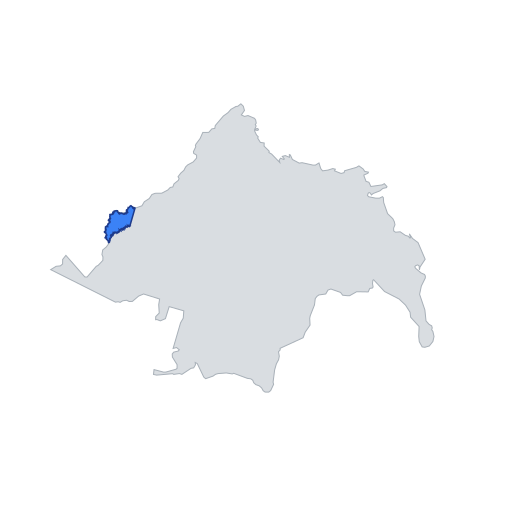 El Encanto, Amazonas, Colombia shown in context, rotated 106°
{"feature_id": "7082276B15462988930410", "entity_name": "El Encanto", "entity_type": "district", "adm_level": 2, "iso_a3": "COL", "parent_name": "Colombia", "parent_adm1": "Amazonas", "projection": "orthographic", "projection_center": [-72.847, -1.998], "detail": "fine", "context": "in_parent", "style": "filled", "palette": "blue", "viewbox_px": 512, "rotation_deg": 106, "n_neighbors": 0, "source": "geoboundaries", "source_scale": "gbopen_adm2", "svg_char_len": 8914}
<svg xmlns="http://www.w3.org/2000/svg" viewBox="0 0 512 512"><g transform="rotate(106 256 256)"><path d="M293.4,75.4L288.5,77.4L278.8,79.8L272.2,90.5L267.6,92.4L262.0,98.7L257.9,106.6L254.7,122.7L246.4,136.4L247.1,137.0L250.4,136.4L253.5,134.9L254.7,135.3L255.8,137.7L259.6,138.3L262.6,149.4L268.4,155.1L269.0,157.3L269.8,161.9L267.7,164.7L267.1,174.9L268.9,177.4L273.3,178.5L276.1,184.8L278.0,186.3L280.6,187.3L286.9,186.3L298.4,187.4L301.1,187.2L307.5,185.0L315.6,187.7L321.6,188.2L338.1,207.4L339.7,206.9L341.8,208.0L345.9,206.0L349.5,205.7L354.1,206.7L360.3,206.7L372.6,204.8L374.5,203.7L381.3,204.8L383.3,206.2L384.3,209.8L383.5,212.0L381.2,214.3L379.9,217.2L379.7,220.7L378.5,223.2L376.3,224.9L375.5,227.3L376.0,230.6L374.9,245.1L375.9,246.3L376.6,252.3L379.5,260.1L380.9,262.3L383.3,264.2L387.8,270.6L386.8,272.8L375.6,282.8L375.1,285.1L377.2,284.2L380.7,285.1L381.9,287.5L390.2,294.6L390.1,297.2L392.5,302.5L392.1,303.7L397.9,318.7L398.1,321.9L393.3,322.7L393.1,312.7L392.4,310.6L386.9,301.7L385.8,300.9L382.2,301.9L376.2,308.5L373.3,309.5L371.1,308.6L368.8,304.6L367.3,303.9L365.9,307.2L367.7,310.2L341.0,310.1L335.8,308.8L328.6,310.3L328.6,325.5L341.2,325.8L344.7,330.1L344.4,333.7L344.9,334.9L341.9,335.7L337.5,333.3L329.6,336.1L323.9,336.8L323.5,353.6L326.9,357.8L333.7,362.3L334.7,365.3L334.2,368.2L335.8,371.8L338.0,373.8L338.0,375.9L339.1,378.4L325.7,449.6L321.0,445.3L319.4,441.3L317.0,439.7L312.6,440.9L307.8,438.9L323.3,414.8L322.8,412.6L309.9,406.7L308.6,405.2L302.4,402.0L299.0,402.9L297.1,404.5L292.4,405.0L288.6,402.4L284.0,400.7L278.6,404.8L277.0,404.8L273.1,406.5L269.0,407.2L263.6,405.4L259.2,406.7L256.2,406.4L255.1,405.1L251.2,403.7L250.8,402.0L251.9,399.0L250.2,393.2L249.6,392.2L246.6,392.1L243.2,390.0L242.5,388.7L243.2,386.3L242.6,384.3L239.2,379.5L234.6,378.3L230.1,374.4L225.6,373.0L223.5,370.2L221.6,363.9L216.9,359.0L213.7,357.3L212.6,355.0L209.2,354.7L204.7,351.5L202.7,351.3L201.3,352.8L197.1,351.2L193.5,348.9L189.8,348.2L187.3,346.8L182.9,342.3L178.2,340.1L175.4,340.9L174.5,344.2L173.0,344.9L167.5,344.0L166.6,344.7L165.1,344.6L158.5,342.1L151.9,341.2L150.2,335.5L146.0,333.5L144.7,330.8L141.8,331.1L130.5,326.0L125.9,322.4L121.9,320.5L117.8,316.5L117.1,314.8L113.9,312.5L115.5,309.5L119.3,307.2L124.4,309.0L125.0,305.5L123.2,302.4L124.1,295.3L125.4,293.8L128.2,292.4L129.9,292.9L131.0,291.7L135.1,292.2L136.3,291.7L139.5,288.9L140.8,286.7L142.2,286.9L145.6,283.1L145.1,279.3L148.2,278.5L151.6,272.2L153.0,272.1L153.7,269.1L159.6,258.9L157.5,260.1L155.2,259.4L155.6,255.9L154.9,255.5L153.0,258.2L151.4,255.5L151.9,251.1L149.3,251.9L149.4,250.9L153.2,247.6L154.8,240.1L153.6,237.4L152.9,226.1L152.2,223.9L149.2,221.1L154.1,217.9L155.8,215.5L153.6,210.5L150.8,206.3L150.7,203.7L152.5,204.0L153.2,197.0L151.6,194.3L149.6,194.3L143.2,184.0L141.0,181.9L142.8,177.0L144.7,174.8L144.4,171.0L145.6,171.2L148.4,174.6L149.5,174.1L153.9,170.8L154.0,167.8L157.5,164.7L152.8,154.2L151.1,152.6L153.2,149.2L154.3,149.4L156.1,152.7L159.2,154.8L163.6,160.6L165.5,161.9L164.1,163.3L163.8,164.6L164.5,165.4L167.0,165.6L168.0,164.0L167.4,156.8L166.4,153.3L164.1,150.8L164.8,149.7L169.4,148.0L179.0,141.2L182.4,134.8L184.9,132.5L187.7,131.0L191.2,131.4L193.9,130.6L194.7,128.5L193.0,124.1L195.0,118.1L195.0,115.0L196.3,113.2L195.9,112.5L192.4,114.7L196.0,110.4L198.5,103.9L212.5,92.5L221.4,95.3L224.3,95.1L220.5,96.5L220.0,98.2L221.3,99.9L222.6,100.4L223.8,99.3L226.8,92.6L227.3,88.9L228.6,87.7L230.5,87.2L239.3,88.8L247.7,88.2L261.3,78.8L271.5,74.7L274.0,70.8L274.7,67.9L276.5,66.8L278.5,66.8L279.7,65.2L284.3,62.7L289.4,62.4L294.7,64.6L297.2,68.5L297.6,71.2L293.4,75.4ZM135.2,291.0L134.6,291.5L133.4,290.6L133.0,289.4L133.7,288.5L134.7,288.8L135.2,291.0Z" fill="#d9dde1" stroke="#a8b0b8" stroke-width="1"/><path d="M243.3,385.5L243.2,385.7L243.2,385.8L243.5,386.0L243.5,386.4L243.1,386.7L243.1,387.0L243.6,387.3L243.8,387.2L244.1,387.1L243.9,387.6L243.4,387.9L242.9,388.4L242.7,388.7L242.7,389.3L242.2,389.8L242.1,390.1L242.3,390.3L243.0,390.9L243.6,391.0L244.2,391.3L244.6,391.6L244.6,392.2L245.5,392.2L245.9,392.0L246.5,392.4L247.0,392.6L247.2,393.0L247.4,393.1L247.7,393.2L247.8,393.0L247.9,392.8L247.7,392.5L248.1,392.0L248.5,392.1L248.9,392.0L249.1,392.1L249.1,392.3L249.0,392.2L248.9,392.3L248.7,392.4L248.8,392.6L249.4,392.5L249.5,392.2L249.5,391.4L249.9,391.5L250.2,392.2L250.5,392.7L250.8,392.5L251.4,392.6L251.3,393.3L251.1,393.7L251.2,393.9L251.6,394.2L252.2,394.2L252.3,394.4L252.3,394.6L252.0,395.1L252.1,395.5L252.1,396.5L251.8,396.8L251.8,397.0L252.0,397.5L252.5,397.8L252.6,398.1L252.2,398.6L252.1,398.9L252.3,399.1L253.2,399.1L253.0,399.6L252.2,400.0L251.9,401.1L251.7,401.4L251.4,401.5L250.9,401.4L250.8,401.5L250.7,401.7L250.8,401.9L250.8,402.3L251.1,403.2L251.9,404.1L251.8,404.7L252.0,404.8L252.5,404.8L253.1,405.2L253.2,405.6L253.5,405.7L253.9,405.5L253.9,404.8L254.0,404.9L254.3,404.9L254.4,405.3L254.8,405.7L255.0,405.6L255.3,405.2L255.5,405.4L255.5,405.7L255.8,406.0L255.9,406.6L256.4,406.9L256.4,407.3L256.2,407.7L256.4,407.9L256.5,407.9L256.9,407.6L257.4,407.6L257.7,407.4L257.9,407.5L258.8,407.3L259.0,407.0L259.7,406.7L259.9,406.4L260.0,406.5L260.1,406.4L260.4,406.5L260.5,407.1L260.9,407.2L261.1,407.0L261.2,406.5L261.8,406.5L261.7,406.9L262.0,407.3L262.0,407.7L262.3,407.8L262.7,407.5L262.8,407.1L262.9,406.8L263.4,406.3L263.4,406.0L263.3,405.7L263.5,405.6L264.3,405.8L264.7,406.4L264.9,406.6L265.5,406.6L265.8,406.8L265.9,407.1L266.1,407.2L266.3,407.2L266.6,406.9L266.8,407.0L267.1,407.0L267.4,407.1L267.8,407.5L268.1,407.5L268.5,407.3L268.7,406.9L268.9,407.4L268.7,407.6L268.9,408.2L269.3,408.3L269.4,408.6L269.5,408.7L270.2,408.5L270.5,408.5L270.9,408.3L271.3,408.3L271.6,408.1L271.6,407.8L272.1,408.0L272.3,407.9L272.3,407.7L272.1,407.4L272.4,407.3L272.5,407.3L272.9,407.7L273.0,407.7L273.4,407.7L273.9,407.4L273.9,407.5L274.1,407.6L274.3,407.8L274.3,408.3L274.6,408.4L274.9,408.2L275.1,407.9L275.2,407.4L275.1,407.1L275.2,406.9L275.4,406.6L276.0,406.3L276.8,405.3L277.1,405.1L277.3,405.1L277.6,405.3L277.7,405.6L277.9,405.8L278.5,405.9L279.0,405.8L279.2,405.6L279.3,405.8L279.3,405.7L279.8,406.1L280.1,406.1L280.2,405.7L279.8,404.9L280.0,404.5L280.6,404.6L281.0,404.5L281.4,403.8L281.5,403.3L281.8,402.8L282.2,401.8L282.6,401.8L282.9,402.0L283.1,401.9L283.2,401.6L283.7,401.4L283.4,401.0L283.2,401.2L283.1,400.8L282.8,400.7L282.7,400.7L282.5,400.9L282.3,400.8L282.1,400.9L281.9,400.8L281.8,401.1L281.7,401.3L281.5,401.2L281.4,400.9L281.3,400.7L281.0,400.7L280.6,400.8L280.4,401.1L280.0,400.9L279.8,401.0L280.0,401.0L280.1,401.3L279.9,401.5L279.5,401.5L279.2,401.3L279.2,400.9L278.8,400.7L278.0,400.3L277.7,400.3L277.6,400.5L277.2,400.7L277.1,400.9L276.8,401.1L276.7,401.3L276.1,401.5L275.8,401.3L275.6,400.8L275.8,400.7L276.0,401.0L276.2,400.7L276.3,400.2L276.3,399.5L276.2,399.4L275.8,399.2L275.5,399.2L275.7,399.4L275.7,399.5L275.6,399.4L275.5,399.5L275.6,400.1L275.3,399.9L275.2,399.8L275.1,400.1L275.0,399.9L274.9,399.7L274.7,400.0L274.4,400.1L274.2,399.8L274.4,399.8L274.5,399.7L274.3,399.4L274.1,399.5L273.9,399.3L273.6,399.2L273.7,399.4L273.5,399.6L273.1,399.7L273.2,399.4L273.3,399.3L273.3,398.9L273.1,399.0L272.9,399.2L272.7,399.0L272.5,399.3L272.4,399.1L272.6,398.9L272.3,398.9L272.5,398.8L272.4,398.5L272.7,398.4L272.4,398.4L272.5,398.2L272.8,398.2L272.7,397.8L272.5,397.7L272.5,397.8L272.5,398.0L272.4,398.1L271.9,397.7L272.2,397.2L272.2,396.6L272.0,396.8L272.0,396.6L271.9,396.5L271.7,396.7L271.6,396.4L271.7,396.2L272.1,396.0L271.6,395.8L271.7,395.7L271.6,395.1L271.4,394.9L271.4,395.2L271.2,395.3L271.0,395.2L270.8,395.0L270.8,394.8L270.5,394.8L270.4,395.0L270.2,394.9L270.2,394.6L269.8,394.4L269.8,394.0L269.6,393.9L269.4,394.0L269.7,394.2L269.7,394.3L269.5,394.5L269.3,394.4L269.2,394.2L269.0,394.3L269.2,394.0L268.9,393.9L269.1,393.7L268.9,393.6L268.8,393.8L268.7,393.9L268.8,393.5L268.7,393.6L268.4,393.6L268.3,393.3L268.2,393.4L268.0,393.5L267.9,393.7L267.6,393.5L267.7,393.3L267.8,393.0L267.7,393.0L267.6,392.7L267.5,392.2L267.4,392.2L267.5,392.4L267.4,392.5L267.5,392.6L267.3,392.5L267.2,392.7L267.4,392.9L267.1,392.9L267.1,392.7L266.9,392.6L267.0,392.5L266.8,392.3L266.9,392.2L266.7,392.2L266.5,391.9L266.5,391.7L266.6,391.3L266.8,391.2L266.8,391.4L267.0,391.3L267.3,390.9L267.2,390.8L267.1,391.0L266.7,390.9L266.7,390.7L266.8,390.9L266.9,390.4L266.7,390.5L266.8,390.6L266.4,390.5L266.2,390.7L265.9,389.7L265.7,389.8L265.9,390.0L265.6,390.0L265.9,390.4L265.7,390.6L265.3,390.3L265.3,390.0L265.2,390.1L265.0,390.4L264.9,390.3L264.9,390.5L264.8,390.4L264.6,390.3L264.6,390.2L264.6,389.9L264.5,389.7L264.4,389.8L263.6,389.6L264.0,389.2L263.9,388.7L263.3,389.1L263.2,389.0L263.2,388.9L263.4,388.9L263.2,388.1L263.4,388.1L263.6,387.7L263.1,387.5L262.9,387.2L262.9,387.6L262.6,387.4L262.8,387.4L262.7,387.2L262.4,387.4L262.5,387.2L262.2,387.0L262.2,386.7L262.1,386.4L262.1,386.1L262.1,385.8L262.4,386.1L262.3,385.9L262.4,385.7L262.6,385.8L262.6,385.7L262.1,385.5L243.3,385.5Z" fill="#3b82f6" stroke="#1e3a8a" stroke-width="1.5"/></g></svg>